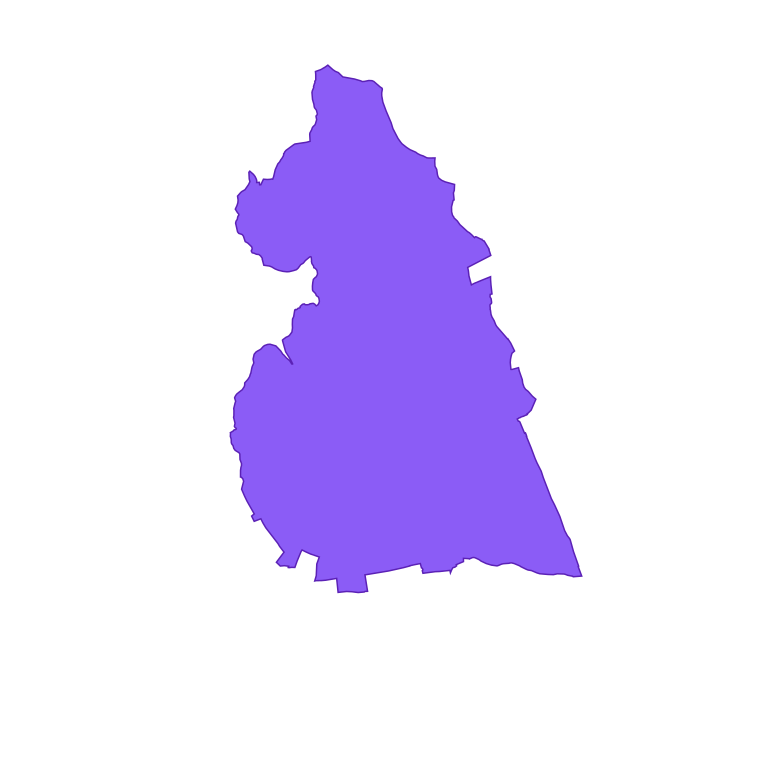 outline of Sanger, Mures, Romania, rotated 227°
{"feature_id": "2599482B36183363035498", "entity_name": "Sanger", "entity_type": "district", "adm_level": 2, "iso_a3": "ROU", "parent_name": "Romania", "parent_adm1": "Mures", "projection": "albers", "projection_center": [24.16, 46.55], "detail": "fine", "context": "isolated", "style": "filled", "palette": "violet", "viewbox_px": 768, "rotation_deg": 227, "n_neighbors": 0, "source": "geoboundaries", "source_scale": "gbopen_adm2", "svg_char_len": 6135}
<svg xmlns="http://www.w3.org/2000/svg" viewBox="0 0 768 768"><g transform="rotate(227 384 384)"><path d="M514.5,575.5L518.8,570.8L520.2,569.6L524.1,568.2L526.6,566.8L529.6,565.7L531.9,565.3L537.5,562.9L541.5,561.9L547.3,561.0L549.2,561.1L554.0,561.7L564.7,564.7L570.2,567.4L582.1,571.7L590.9,575.4L596.3,578.9L598.5,580.9L600.7,583.8L601.6,584.3L604.3,583.7L612.2,582.9L614.0,582.1L616.3,579.9L618.7,576.0L620.1,574.3L621.5,573.8L627.2,570.4L636.7,563.3L642.9,563.0L645.7,561.7L648.7,561.0L655.5,560.4L655.9,557.2L657.1,552.0L659.3,547.0L657.1,545.3L653.2,541.7L652.9,541.3L652.6,539.9L651.4,538.9L651.2,538.1L649.6,535.3L648.8,534.8L647.3,531.5L646.3,530.1L640.9,525.8L636.4,523.5L634.3,522.0L633.4,521.6L630.4,521.3L627.0,519.5L626.5,518.6L626.4,517.2L626.1,516.8L623.2,515.0L621.0,511.2L620.6,510.1L620.6,507.7L620.3,506.3L619.3,504.5L618.1,501.0L617.2,499.9L611.9,495.5L613.7,492.1L620.3,482.5L620.6,481.1L621.7,471.7L621.4,469.5L621.0,468.9L620.8,467.6L620.1,467.0L619.4,465.8L618.6,463.1L618.4,461.6L617.6,459.1L617.4,456.5L614.9,450.6L611.0,444.8L609.7,442.3L610.7,441.5L611.2,440.5L613.2,438.1L616.0,435.5L613.7,429.8L614.5,428.9L616.5,430.4L618.2,428.3L619.5,429.6L620.8,430.3L623.6,431.2L626.3,431.5L631.2,431.0L631.0,429.6L625.9,425.3L623.4,423.9L622.2,420.8L620.9,414.8L621.7,411.4L621.8,410.0L621.3,405.0L618.1,402.8L616.2,400.7L614.8,398.2L613.3,394.5L609.3,393.7L607.2,393.6L606.5,392.8L606.4,392.0L606.0,391.0L604.5,389.0L604.0,386.9L602.9,385.2L595.2,380.7L593.2,380.5L590.3,382.1L589.4,382.2L588.0,382.0L582.8,379.6L580.0,380.5L574.6,380.8L573.0,380.0L572.3,379.0L572.2,378.1L571.5,377.5L569.8,377.1L568.2,378.2L566.0,379.1L564.0,380.8L561.8,381.1L558.9,380.7L558.4,380.1L552.8,377.1L548.5,380.6L546.3,381.7L542.5,382.8L539.1,384.4L535.2,387.0L532.3,389.5L530.8,391.3L528.5,395.4L527.3,398.0L527.3,400.3L528.1,404.5L527.5,407.0L527.5,408.1L527.9,410.6L527.6,416.2L527.1,417.2L526.4,417.3L523.7,415.2L523.1,414.5L521.2,413.4L518.3,412.9L516.9,412.0L515.5,412.6L513.2,412.5L512.4,412.2L510.1,410.7L509.5,409.9L508.6,407.6L508.8,406.6L508.7,403.7L506.6,400.9L504.4,398.4L501.7,396.0L500.8,395.5L497.2,395.6L496.1,395.4L495.2,394.9L494.1,394.9L492.7,395.3L491.2,394.9L488.6,393.2L487.5,391.4L487.0,389.6L487.4,387.7L489.6,387.8L491.2,387.3L492.1,386.2L492.5,385.3L493.1,384.8L493.3,383.4L494.3,381.9L495.8,380.4L496.8,380.4L497.6,379.4L497.9,378.6L497.9,375.5L497.1,374.9L497.1,374.4L498.0,372.8L497.9,371.6L498.1,370.7L498.7,370.4L498.7,369.7L499.0,369.2L494.9,363.9L493.9,361.4L490.1,357.6L487.4,355.3L484.8,352.1L484.1,348.4L484.1,346.8L485.0,344.2L485.4,340.5L485.4,339.8L485.0,339.4L474.6,334.0L465.2,332.2L461.0,330.9L461.1,330.5L461.5,330.2L465.5,330.9L469.7,330.4L473.7,330.5L474.8,330.3L478.7,331.0L485.6,330.9L490.8,327.8L492.3,325.9L493.6,322.9L493.8,321.4L493.5,317.7L493.7,316.6L494.4,313.9L494.7,312.1L494.3,309.3L491.5,305.2L488.4,303.3L487.9,302.6L486.8,299.8L485.9,298.3L482.7,293.9L482.5,293.2L481.0,290.6L480.2,287.5L479.8,282.9L478.2,281.3L477.4,280.0L476.5,276.5L477.1,270.1L476.9,268.4L476.4,266.6L475.8,265.3L472.5,263.7L471.6,262.0L468.5,257.3L467.1,256.3L463.1,252.5L462.3,251.3L456.9,248.3L455.1,245.7L453.7,245.4L452.5,245.7L451.9,245.4L451.8,244.6L452.6,243.2L452.7,242.7L452.5,241.6L453.2,238.4L452.5,238.0L450.5,235.9L448.0,234.7L445.1,232.2L443.7,231.7L442.0,231.6L439.3,230.2L436.9,229.9L432.6,231.1L431.1,230.8L427.0,227.2L423.1,225.6L421.6,224.2L420.5,222.4L418.7,220.2L413.8,215.6L413.2,216.1L411.0,216.1L408.6,215.0L404.2,208.1L396.9,205.5L391.7,203.9L377.5,200.5L377.7,197.1L372.1,195.4L369.4,202.0L365.0,200.7L359.5,199.5L339.5,197.6L336.4,196.9L329.2,196.2L327.0,183.7L321.6,184.0L319.0,187.3L315.7,190.0L315.1,188.8L314.4,189.3L312.9,191.4L310.6,193.7L313.7,199.6L318.0,209.0L318.5,210.9L315.1,212.1L309.6,214.4L301.6,218.7L298.2,212.1L290.0,203.7L287.2,199.0L286.4,200.3L282.8,204.3L280.3,207.5L274.1,216.8L262.9,208.3L257.8,215.1L253.9,218.9L249.1,222.9L245.3,227.8L245.3,228.6L243.6,230.6L257.4,239.9L244.1,259.9L236.4,273.0L233.3,278.8L233.5,278.9L231.2,282.8L227.9,288.1L224.0,286.0L223.2,286.3L222.2,286.1L221.5,285.6L221.4,284.7L219.0,283.4L211.7,293.6L209.1,296.6L202.7,305.1L200.6,303.8L202.0,306.9L202.6,308.7L202.6,309.3L201.7,310.9L201.5,313.1L202.6,313.6L199.9,321.0L202.3,323.2L198.0,327.3L197.8,327.2L196.8,330.1L196.3,330.9L195.2,331.9L193.6,332.6L190.6,333.8L188.3,334.2L183.0,336.3L178.2,339.1L173.9,342.6L173.2,344.0L172.1,347.1L171.1,348.8L167.5,353.3L167.4,353.7L166.2,355.3L163.8,356.8L158.5,359.2L157.4,359.4L151.6,361.6L149.7,362.5L147.0,364.6L141.6,367.0L139.0,368.5L132.9,374.0L129.0,377.9L127.0,381.3L122.5,385.8L121.5,386.6L118.8,387.9L114.7,390.9L114.0,390.9L108.7,397.6L117.1,401.1L118.1,401.6L118.0,402.1L132.2,408.3L143.0,413.9L144.4,414.3L147.9,414.6L153.5,416.1L167.3,422.3L179.3,426.3L186.0,428.2L206.8,436.6L213.0,439.5L222.0,442.1L226.5,443.7L236.9,448.0L248.5,452.4L248.4,452.7L250.4,453.6L251.8,454.1L252.1,453.2L263.6,457.5L264.7,457.4L265.2,456.9L267.5,457.5L267.0,460.0L266.6,460.4L266.6,461.0L265.9,462.9L265.2,464.1L265.1,464.6L264.5,466.5L264.1,467.1L264.0,468.1L264.6,468.2L264.4,469.5L264.5,473.8L269.3,484.7L273.9,484.2L280.3,484.4L283.6,483.9L286.2,484.3L290.0,486.0L292.9,488.1L301.3,491.8L304.2,493.5L307.3,487.6L308.1,486.8L313.5,490.9L315.8,493.4L317.4,495.6L319.2,498.5L319.1,502.0L327.6,504.6L332.4,505.4L332.4,505.1L349.2,505.7L351.1,506.1L355.1,507.7L359.5,508.7L362.0,509.8L365.5,512.3L366.2,512.5L367.1,513.5L368.9,514.8L369.6,515.6L369.8,516.2L369.6,517.4L370.3,518.4L373.3,520.5L375.5,521.0L377.1,522.8L376.2,524.4L383.5,529.8L387.6,533.1L389.8,535.1L392.7,527.6L396.0,518.8L396.9,515.5L405.2,519.9L409.2,522.9L412.2,524.7L405.2,549.8L410.8,552.4L410.9,552.8L420.3,554.8L420.8,554.4L422.5,554.1L423.1,554.3L423.5,553.8L428.7,551.8L429.3,551.3L429.3,550.0L433.3,549.9L436.4,549.6L438.5,549.0L448.8,548.2L453.2,548.8L457.7,548.5L458.9,549.0L460.5,549.1L463.8,550.9L467.5,554.2L471.0,559.6L471.1,560.0L470.8,560.8L476.4,565.1L477.7,567.5L481.8,571.7L490.1,566.6L493.6,565.1L497.2,564.5L499.0,565.0L500.7,565.9L505.0,568.9L508.5,569.8L512.4,573.1L514.5,575.5Z" fill="#8b5cf6" stroke="#5b21b6" stroke-width="1.5"/></g></svg>